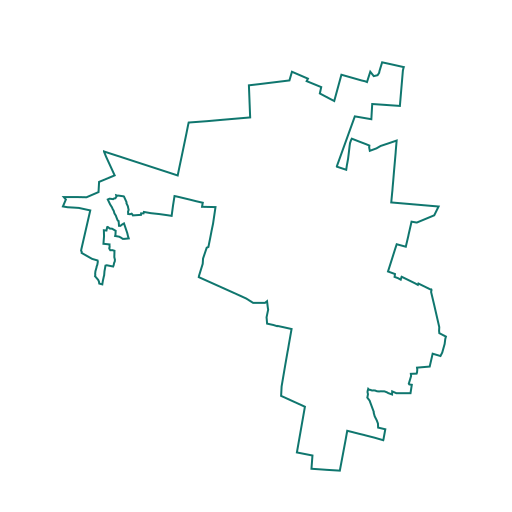 Muxupip, Yucatán, Mexico (Natural Earth projection), rotated 186°
{"feature_id": "50627088B24454448227409", "entity_name": "Muxupip", "entity_type": "district", "adm_level": 2, "iso_a3": "MEX", "parent_name": "Mexico", "parent_adm1": "Yucatán", "projection": "natural_earth1", "projection_center": [-89.31, 21.056], "detail": "fine", "context": "isolated", "style": "outline", "palette": "teal", "viewbox_px": 512, "rotation_deg": 186, "n_neighbors": 0, "source": "geoboundaries", "source_scale": "gbopen_adm2", "svg_char_len": 4374}
<svg xmlns="http://www.w3.org/2000/svg" viewBox="0 0 512 512"><g transform="rotate(186 256 256)"><path d="M418.1,344.0L415.6,339.3L407.9,326.3L405.0,321.4L419.8,313.3L419.3,303.1L430.7,296.7L441.4,295.8L453.3,294.5L451.0,292.3L453.2,285.1L451.8,285.0L448.4,284.8L442.3,285.1L437.2,285.3L425.6,284.0L430.4,244.5L430.5,243.0L429.8,242.0L429.7,240.8L418.7,236.0L413.1,235.0L412.7,233.8L412.9,230.7L413.4,228.8L413.4,228.1L414.1,224.1L414.1,221.3L413.8,220.3L414.0,219.1L410.4,215.7L409.5,214.1L409.0,212.2L405.9,211.7L405.7,215.3L405.2,219.8L405.0,220.8L405.1,225.0L404.9,227.5L404.7,230.7L403.5,231.2L397.0,230.6L396.6,232.0L396.4,234.2L395.9,235.8L395.9,237.5L396.1,238.1L396.8,240.1L397.3,246.4L399.4,246.8L401.5,246.5L402.1,247.2L402.6,248.0L402.8,248.5L402.5,249.6L402.9,251.8L402.9,252.2L409.0,252.2L409.2,259.8L410.0,265.7L407.4,265.7L407.0,269.2L406.5,269.4L404.2,268.0L402.0,268.1L398.2,266.4L398.0,262.5L398.2,261.2L394.1,260.9L391.9,260.0L390.3,259.1L388.6,259.3L384.4,260.2L385.4,262.4L386.5,265.5L390.7,274.6L392.7,273.1L394.0,271.8L395.4,271.7L395.9,274.4L396.3,276.4L397.0,276.7L397.5,277.3L399.1,280.4L399.6,281.5L401.2,283.5L402.3,286.2L403.4,287.6L404.3,289.3L406.5,292.1L409.3,296.7L407.6,297.7L404.0,297.6L403.1,298.4L401.9,298.7L401.0,300.5L401.4,301.8L400.0,301.5L399.1,301.7L393.8,301.5L393.5,301.3L390.4,296.0L390.3,294.8L389.3,293.2L388.6,292.0L388.2,290.6L387.5,288.6L387.9,286.7L387.5,284.4L385.6,284.4L384.1,285.1L383.4,284.5L382.7,283.5L374.7,284.9L374.7,286.4L372.3,286.6L372.1,288.1L365.1,287.6L356.6,287.6L348.0,287.3L344.1,287.1L343.8,297.6L343.3,307.1L342.1,307.0L338.7,306.6L327.3,305.1L321.1,304.2L314.5,303.4L314.7,301.1L314.8,299.3L301.4,300.4L301.7,293.1L302.1,283.6L302.8,276.6L303.5,268.3L304.3,260.0L305.9,259.1L308.4,247.9L308.2,243.4L308.2,242.5L309.1,238.0L310.6,230.4L310.7,229.0L274.8,217.2L264.9,213.9L261.3,212.7L254.0,209.1L242.2,210.3L240.3,212.2L239.0,206.5L238.6,204.9L238.3,204.0L238.4,202.9L239.0,197.1L239.1,196.1L238.7,194.2L237.9,189.9L231.5,189.2L227.6,188.4L227.2,188.7L221.6,188.1L213.0,187.1L214.1,171.2L214.4,166.2L214.6,164.3L215.6,149.5L216.9,129.0L216.4,119.5L191.6,111.2L194.8,64.9L179.0,63.5L178.6,50.2L164.4,50.7L163.9,50.7L150.2,51.3L147.8,80.8L147.0,91.7L141.2,90.9L140.0,90.7L136.5,90.2L135.2,90.0L132.1,89.6L129.8,89.3L128.7,89.1L119.1,87.7L110.2,86.1L110.1,86.5L109.3,97.2L116.6,98.1L117.2,102.1L118.7,105.1L121.2,109.0L122.6,112.5L122.5,113.1L127.2,122.6L127.8,123.9L128.5,124.7L130.5,126.8L130.4,127.5L130.2,130.3L130.8,132.0L130.9,133.1L130.5,135.6L129.5,134.8L127.9,134.8L127.4,134.5L126.5,134.4L125.1,134.6L123.6,134.7L121.9,134.2L121.0,134.1L120.3,134.2L119.7,134.1L117.8,134.5L114.1,134.8L112.2,134.3L111.7,134.2L111.1,133.9L110.2,133.5L106.2,132.5L106.4,135.6L102.0,134.2L88.0,135.7L87.6,144.2L90.1,144.3L90.7,145.0L89.2,152.8L89.7,155.0L84.0,155.8L83.7,157.0L83.7,159.7L84.2,161.8L71.7,164.2L70.1,177.3L62.1,175.8L60.7,179.4L59.2,188.2L59.1,193.2L58.7,195.7L65.6,198.4L66.1,200.7L66.3,204.4L73.7,226.0L78.1,238.5L77.9,240.5L78.2,241.1L79.1,241.0L91.6,245.6L92.0,244.2L95.1,245.5L109.0,250.6L109.1,250.4L109.1,250.2L109.6,247.6L112.5,248.8L116.0,249.7L115.9,252.4L115.9,252.6L123.1,254.4L120.5,267.0L118.3,277.8L117.3,282.4L108.0,280.9L106.6,291.9L106.5,293.1L104.9,306.4L100.4,306.1L99.5,306.1L92.9,309.7L83.0,315.1L79.6,324.3L127.1,323.4L127.2,333.0L127.2,333.6L127.2,334.5L127.2,335.4L127.3,339.2L127.4,345.5L127.6,354.4L127.9,372.5L127.9,372.8L128.0,375.3L128.2,385.5L137.5,381.2L139.1,380.5L141.5,379.4L142.6,378.9L143.5,378.5L147.5,375.6L153.8,372.5L154.8,375.8L154.8,377.7L158.2,378.7L166.5,380.9L168.6,381.5L173.0,382.7L173.6,381.1L174.3,378.1L174.4,375.4L174.5,367.4L174.6,362.1L174.9,358.2L175.1,355.9L175.3,351.2L184.9,353.3L185.0,353.6L172.3,405.2L155.6,404.1L156.3,419.3L128.6,420.3L129.3,455.8L128.9,459.0L128.8,459.3L141.7,460.8L150.8,461.8L152.5,453.0L152.7,451.0L154.0,448.5L157.7,447.2L161.6,451.2L163.8,440.6L164.1,440.7L165.9,441.2L169.3,441.6L190.0,445.2L194.4,418.3L200.5,420.7L209.5,424.3L208.8,430.8L223.9,435.2L222.9,437.8L239.5,443.0L241.1,434.1L270.6,427.3L280.9,425.0L276.3,393.2L304.4,387.8L318.1,385.1L336.9,381.7L337.2,379.3L337.9,371.7L338.0,370.6L340.4,346.6L341.4,337.0L342.3,327.9L351.1,329.8L381.6,336.3L389.1,337.9L399.4,340.1L401.6,340.6L404.6,341.2L410.3,342.4L417.8,344.0L418.1,344.1L418.1,344.0Z" fill="none" stroke="#0f766e" stroke-width="2"/></g></svg>